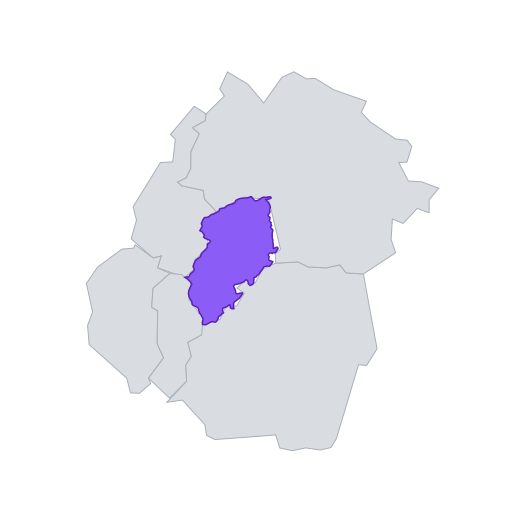 Czechia highlighted among its neighbors, rotated 108°
{"feature_id": "CZE", "entity_name": "Czechia", "entity_type": "country or territory", "adm_level": 0, "iso_a3": "CZE", "parent_name": "Europe", "parent_adm1": "", "projection": "albers", "projection_center": [15.441, 49.807], "detail": "fine", "context": "with_neighbors", "style": "filled", "palette": "violet", "viewbox_px": 512, "rotation_deg": 108, "n_neighbors": 5, "source": "natural_earth", "source_scale": "50m", "svg_char_len": 5258}
<svg xmlns="http://www.w3.org/2000/svg" viewBox="0 0 512 512"><g transform="rotate(108 256 256)"><path d="M420.7,135.1L423.1,149.4L429.9,161.2L431.2,174.1L420.1,182.0L443.2,238.2L442.0,247.5L432.2,252.5L415.8,281.5L422.7,295.6L396.6,283.4L381.6,289.2L371.4,286.6L359.2,294.3L347.8,283.4L339.3,288.2L327.6,270.6L311.9,269.2L309.6,259.0L295.3,255.7L292.3,264.2L280.8,257.5L282.0,248.5L266.5,245.8L256.8,235.2L248.6,214.2L250.3,203.0L245.5,185.4L238.5,173.6L244.2,165.0L239.9,148.3L306.8,112.2L325.9,117.0L327.7,124.9L404.9,123.1L415.1,125.6L420.7,135.1Z" fill="#d9dde1" stroke="#a8b0b8" stroke-width="1"/><path d="M298.4,317.1L297.7,346.0L285.3,346.2L289.7,353.2L278.3,380.0L258.7,380.8L247.2,388.1L196.7,375.8L192.2,364.3L169.9,368.8L166.9,374.9L132.7,361.0L136.3,347.4L143.1,346.1L153.6,356.0L157.3,347.6L176.7,350.1L192.8,345.1L203.3,346.5L210.0,353.4L212.2,347.9L209.8,326.5L217.7,322.6L225.8,307.7L241.6,318.6L261.5,302.9L278.2,312.9L288.3,311.0L298.4,317.1Z" fill="#d9dde1" stroke="#a8b0b8" stroke-width="1"/><path d="M409.7,316.7L422.6,324.5L425.0,333.1L412.2,341.1L391.8,387.3L374.1,394.7L359.8,394.1L334.5,408.8L315.4,403.2L290.9,385.7L286.3,374.7L282.6,374.4L289.7,353.2L285.3,346.2L297.7,346.0L299.1,332.5L318.7,344.0L337.0,339.3L338.5,332.6L369.9,322.9L381.4,312.4L405.4,320.5L409.7,316.7Z" fill="#d9dde1" stroke="#a8b0b8" stroke-width="1"/><path d="M239.9,148.3L244.2,165.0L238.5,173.6L245.5,185.4L250.3,203.0L248.6,214.2L256.8,235.2L247.6,238.5L242.2,234.7L198.5,261.3L203.5,285.1L225.8,307.7L217.7,322.6L209.8,326.5L212.2,347.9L210.0,353.4L203.3,346.5L192.8,345.1L176.7,350.1L157.3,347.6L153.6,356.0L143.1,346.1L136.3,347.4L113.6,335.5L108.4,342.1L89.8,340.0L95.0,317.1L108.1,295.9L78.1,286.6L69.1,276.9L72.0,262.8L68.8,254.9L73.9,233.3L74.7,198.8L86.8,200.3L93.3,188.6L101.6,159.4L99.2,148.0L103.8,141.6L120.1,141.5L123.0,149.1L137.6,134.3L134.3,121.7L135.1,103.2L149.0,108.7L161.4,104.7L160.9,117.3L179.6,126.2L178.7,137.7L198.6,132.6L209.7,124.2L239.9,148.3Z" fill="#d9dde1" stroke="#a8b0b8" stroke-width="1"/><path d="M417.9,294.2L405.4,320.5L381.4,312.4L369.9,322.9L338.5,332.6L337.0,339.3L318.7,344.0L299.1,332.5L296.7,321.2L301.3,309.8L318.1,306.5L331.7,286.6L347.8,283.4L359.2,294.3L371.4,286.6L381.6,289.2L396.6,283.4L417.9,294.2Z" fill="#d9dde1" stroke="#a8b0b8" stroke-width="1"/><path d="M337.6,285.8L337.0,285.9L335.8,286.5L334.3,286.7L332.6,286.7L331.3,287.6L330.1,289.1L328.9,290.1L328.2,291.1L327.9,292.0L323.6,294.7L323.0,295.8L322.6,297.3L322.5,299.3L322.2,301.1L321.5,302.0L319.2,302.9L318.6,303.4L318.2,304.3L316.9,305.7L315.4,307.1L312.6,308.7L309.5,309.2L305.5,308.8L303.1,308.3L302.0,309.0L300.5,311.0L298.9,314.4L298.3,317.0L297.7,316.3L296.7,313.6L295.6,313.3L294.1,313.0L293.0,312.7L290.5,311.1L289.3,310.7L287.9,310.6L286.5,311.5L285.5,312.6L282.3,312.6L278.8,312.2L273.8,308.6L272.5,308.6L271.1,308.8L268.9,307.9L264.7,305.6L262.7,305.0L261.5,305.4L260.3,305.9L259.5,305.9L259.0,305.2L257.5,304.2L255.9,304.1L255.4,304.7L254.9,309.8L254.3,311.6L252.1,311.5L251.4,312.4L249.6,314.9L249.3,317.2L246.3,316.7L244.9,316.3L243.6,316.6L242.3,317.9L238.4,317.8L235.4,316.9L234.1,314.0L232.8,312.8L231.0,311.7L230.4,311.4L229.5,309.8L227.7,307.8L224.8,305.0L222.5,305.1L221.7,304.3L221.3,303.3L220.4,301.6L219.4,300.3L218.1,299.8L216.3,298.3L213.9,294.8L211.7,292.5L209.5,292.4L208.1,291.2L206.7,289.5L205.7,288.0L204.3,284.2L203.2,282.0L202.3,280.7L201.3,279.5L201.0,278.7L202.3,276.7L202.8,275.8L203.4,275.0L203.7,274.3L203.8,273.7L202.7,271.7L201.2,270.2L199.0,268.7L197.6,266.8L197.2,265.1L197.1,264.2L196.1,262.9L195.4,261.1L195.5,260.0L195.7,259.7L196.4,259.7L197.2,260.5L198.3,262.0L199.2,264.1L199.8,263.3L201.0,261.2L203.1,258.8L205.2,257.4L207.0,257.4L208.5,257.0L209.7,256.3L211.9,256.7L213.4,257.3L213.9,257.0L214.6,255.7L215.0,254.6L218.5,254.0L219.7,251.9L220.4,251.9L221.1,251.6L221.9,250.8L222.6,250.5L223.1,250.9L223.8,251.2L224.6,250.7L225.8,248.3L226.4,247.9L229.4,247.6L233.6,246.2L235.7,244.9L237.7,244.3L239.9,243.0L243.4,241.9L243.5,241.4L242.0,240.1L241.4,239.3L241.1,238.5L241.7,237.6L242.4,237.3L243.4,237.7L246.3,238.3L247.1,238.8L247.3,240.1L248.0,241.3L248.6,241.4L248.4,243.3L249.3,244.1L250.7,244.7L251.6,244.6L252.2,243.8L252.5,243.3L254.2,243.2L256.0,242.4L256.2,241.1L256.1,238.6L256.3,238.2L259.0,238.9L261.7,240.1L262.1,242.5L262.9,243.8L263.7,244.9L264.5,245.4L266.0,245.5L269.7,246.9L271.5,247.2L273.4,248.2L274.9,249.3L276.0,249.5L276.6,250.6L277.3,251.4L278.5,250.8L283.0,249.9L284.6,251.0L285.7,252.2L285.9,252.5L285.3,253.6L285.0,254.4L284.6,254.9L283.0,255.5L282.2,256.5L281.6,257.5L282.0,258.5L283.3,259.2L284.2,259.3L284.5,260.0L287.4,263.2L289.8,267.3L290.7,267.9L291.5,268.0L292.5,267.4L293.6,266.1L294.9,265.1L296.0,264.5L297.9,263.4L298.0,262.6L296.3,259.8L295.3,257.6L295.5,257.2L297.6,257.5L301.2,258.7L306.8,262.6L307.8,262.5L309.7,262.2L311.8,261.5L312.8,260.7L313.2,261.0L313.6,263.2L313.0,264.4L310.6,265.7L310.7,266.2L311.4,267.0L312.5,267.5L314.0,268.8L315.0,270.5L315.8,271.2L316.7,271.5L319.0,270.6L319.6,269.9L319.9,269.4L320.4,269.5L321.2,270.2L321.4,270.7L323.7,271.5L325.0,272.6L325.9,273.1L326.8,272.6L330.3,273.3L331.3,274.0L331.7,275.3L331.6,276.0L332.2,278.0L336.9,282.5L337.5,284.9L337.6,285.8Z" fill="#8b5cf6" stroke="#5b21b6" stroke-width="1.5"/></g></svg>